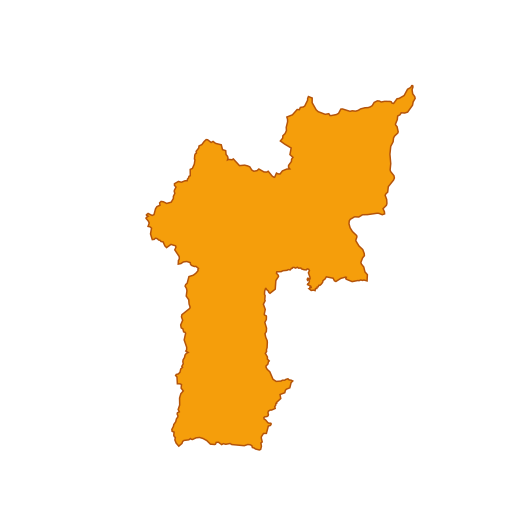 Li, Lamphun, Thailand, rotated 194°
{"feature_id": "78962969B62404267117906", "entity_name": "Li", "entity_type": "district", "adm_level": 2, "iso_a3": "THA", "parent_name": "Thailand", "parent_adm1": "Lamphun", "projection": "orthographic", "projection_center": [98.889, 17.796], "detail": "fine", "context": "isolated", "style": "filled", "palette": "amber", "viewbox_px": 512, "rotation_deg": 194, "n_neighbors": 0, "source": "geoboundaries", "source_scale": "gbopen_adm2", "svg_char_len": 6092}
<svg xmlns="http://www.w3.org/2000/svg" viewBox="0 0 512 512"><g transform="rotate(194 256 256)"><path d="M205.8,68.6L204.7,69.5L204.7,72.7L206.0,75.7L205.0,77.1L206.9,80.8L207.0,82.1L205.8,85.6L203.0,86.4L202.9,94.0L201.0,95.1L200.6,96.7L201.2,97.3L203.1,96.9L204.1,97.1L207.1,99.3L208.7,99.8L209.3,101.1L208.7,102.0L206.5,102.9L205.6,104.0L205.6,105.2L206.5,106.7L206.4,108.5L204.9,110.0L203.6,110.3L200.5,112.7L201.4,114.4L200.8,115.9L201.0,117.5L200.3,118.2L200.7,118.8L197.5,123.7L199.2,127.4L195.0,130.3L195.0,132.8L194.3,134.1L191.3,136.3L191.3,141.6L190.1,143.6L191.7,144.0L193.9,143.8L195.3,144.6L197.2,143.5L198.1,142.4L200.3,141.9L201.5,140.7L206.1,139.2L209.7,140.5L214.6,147.0L217.7,148.7L219.3,150.4L219.7,151.6L218.3,154.0L218.4,156.2L217.8,157.4L220.0,158.7L220.5,160.8L223.4,163.8L222.6,165.9L223.2,167.5L223.1,169.8L224.1,174.9L224.7,176.6L226.9,179.5L228.5,182.8L227.7,185.2L228.3,188.5L231.4,193.7L230.6,196.9L231.2,199.7L231.6,200.4L233.4,200.8L233.9,201.4L234.1,206.4L237.2,211.0L236.3,214.8L236.9,215.7L237.6,219.8L238.5,220.9L239.1,224.0L238.9,226.8L238.3,226.9L237.6,226.0L235.6,225.0L234.7,223.8L233.4,223.2L229.3,228.5L230.8,237.0L229.2,241.6L229.7,242.7L232.0,244.2L232.0,245.7L227.8,246.9L226.4,248.2L222.5,249.6L221.5,250.6L219.4,250.8L218.7,252.4L217.9,252.8L217.8,253.6L216.3,254.2L214.8,253.8L213.1,255.1L211.7,254.5L209.6,255.2L208.7,254.5L206.0,254.3L203.8,254.7L203.2,255.9L201.7,255.9L200.6,254.7L201.1,252.4L198.5,248.4L198.0,246.9L198.6,246.4L200.2,247.1L200.7,245.9L200.1,244.9L199.3,246.0L198.1,244.6L198.2,242.4L199.0,241.6L199.1,240.7L195.6,240.0L194.9,238.9L196.1,238.6L195.9,237.7L196.7,237.1L194.1,235.9L192.0,236.8L190.3,236.7L190.4,238.8L189.1,239.2L189.2,240.6L188.3,241.0L187.9,242.8L186.9,243.0L185.8,244.6L185.0,246.5L185.0,248.4L183.5,250.3L182.7,252.8L175.8,253.1L173.9,250.9L172.3,250.6L168.3,254.8L164.0,257.2L163.2,257.2L163.4,255.7L162.7,255.3L156.5,254.4L151.4,256.8L150.0,257.0L148.6,258.1L146.6,258.1L145.5,258.8L142.2,258.7L143.4,264.8L146.5,267.0L148.8,271.4L151.8,273.7L152.7,275.1L152.1,280.0L150.9,282.5L151.6,284.6L154.0,288.1L158.6,290.7L162.6,294.7L163.0,295.5L162.7,299.0L163.3,300.2L168.4,303.1L171.5,306.1L173.6,309.8L174.0,312.6L173.4,314.4L169.8,317.9L165.7,318.7L162.6,321.8L157.9,323.1L148.8,326.8L147.1,327.1L143.5,326.6L141.4,328.0L142.1,330.0L144.2,332.6L141.7,336.8L141.7,338.7L142.9,342.5L145.4,346.2L144.9,348.0L143.7,349.8L144.4,355.3L140.9,363.0L140.6,365.2L141.6,367.3L145.8,370.5L146.7,372.0L147.6,378.2L150.7,387.2L151.8,395.0L150.6,400.0L151.1,403.8L150.5,406.0L148.2,409.6L148.1,410.9L150.4,415.6L152.1,416.8L152.6,417.7L151.9,422.6L152.4,426.1L150.5,427.8L149.7,430.1L146.3,430.7L143.7,432.3L140.6,440.1L140.8,443.5L139.7,447.4L140.5,449.0L143.2,451.3L144.8,455.1L144.6,458.0L145.2,459.2L146.1,459.0L146.7,456.9L149.3,454.5L151.1,447.5L155.3,443.5L157.2,442.7L159.4,437.3L160.9,437.2L162.2,438.4L163.3,438.4L168.6,437.2L171.8,435.7L173.8,436.2L175.8,435.9L178.5,433.6L179.6,430.0L181.1,428.4L183.1,427.1L186.1,426.2L190.0,424.1L192.1,422.0L194.4,420.6L197.7,420.2L199.8,419.1L207.6,419.6L209.2,419.1L210.4,414.4L212.2,412.7L217.1,410.4L218.2,410.2L219.8,411.7L223.1,410.2L230.6,411.1L233.0,412.4L238.6,418.3L239.7,422.9L243.7,423.4L244.0,421.3L243.6,419.7L245.0,413.3L246.2,412.0L248.9,410.9L249.3,408.5L251.5,408.1L254.8,401.8L259.7,398.3L258.4,396.1L257.8,393.8L257.8,388.2L256.8,385.0L257.4,381.8L259.0,379.2L258.6,376.8L260.2,373.5L255.2,371.5L248.0,369.3L247.6,362.6L244.0,360.7L244.9,358.5L244.5,356.3L246.3,351.8L245.9,349.9L244.3,348.7L247.2,347.8L251.0,344.9L252.5,341.4L254.5,341.0L256.2,341.4L256.9,337.1L257.4,336.7L259.6,337.4L264.7,341.2L265.9,340.0L268.6,339.5L274.3,341.1L275.6,339.1L278.6,337.7L280.9,338.4L283.6,341.0L285.9,341.4L289.0,341.4L293.9,339.7L301.5,344.7L302.5,343.6L305.9,343.1L306.9,342.3L306.9,344.3L307.7,345.8L309.6,347.2L310.9,350.9L314.2,351.1L316.6,355.5L322.5,355.5L325.4,356.8L327.0,355.3L331.1,357.1L332.5,356.9L334.0,354.6L335.5,351.0L337.9,349.0L337.7,346.9L339.4,343.1L338.7,341.4L339.6,340.4L339.8,339.1L339.2,335.2L338.5,334.6L338.1,330.2L338.9,325.6L340.8,324.1L339.2,318.0L340.3,317.1L340.4,315.3L341.1,314.0L341.0,312.4L343.1,311.8L346.3,309.5L349.3,309.6L352.6,306.4L352.2,304.8L350.3,303.5L351.1,300.0L350.9,298.7L349.9,297.2L350.6,293.9L350.1,291.8L351.3,287.7L355.4,285.4L359.0,286.2L361.3,286.0L362.4,284.2L361.4,282.1L364.1,279.9L364.9,277.6L365.0,271.5L366.6,270.2L371.0,271.2L372.3,269.5L372.1,269.0L370.2,268.5L371.8,266.7L371.8,265.9L369.1,264.0L367.6,262.2L367.9,258.6L365.9,258.7L364.1,257.7L363.7,251.9L360.6,246.8L358.8,247.5L358.0,248.8L357.2,249.0L355.9,248.9L354.4,248.0L352.9,248.0L351.7,247.1L349.5,247.2L346.9,243.8L344.8,242.5L341.3,246.7L336.5,246.4L335.8,245.2L336.3,242.3L330.3,236.8L329.7,234.4L330.2,232.9L329.5,229.3L327.0,230.5L325.0,232.7L321.9,233.9L318.2,233.7L317.7,232.4L316.4,231.3L313.3,230.9L311.7,231.4L308.8,230.0L309.1,229.0L308.7,227.7L310.2,224.7L312.2,222.2L316.1,219.8L316.2,212.9L317.3,211.3L317.5,209.6L315.7,207.8L314.6,205.6L314.0,200.2L310.7,197.3L309.3,193.2L307.5,190.4L307.7,189.0L313.7,181.2L313.6,178.9L311.6,175.9L312.4,170.9L311.2,168.2L309.3,167.6L307.9,164.9L306.4,164.8L305.6,164.0L305.4,157.2L301.2,150.7L300.6,148.2L301.1,146.8L298.5,146.0L300.1,144.6L300.9,142.7L300.8,140.3L301.6,137.6L301.4,135.7L300.5,133.8L301.3,131.0L300.4,130.2L301.7,128.2L301.6,124.9L302.8,122.8L304.7,121.8L305.1,120.6L303.4,119.5L301.4,113.0L298.6,113.6L297.2,113.2L296.7,109.7L293.9,107.5L295.6,104.2L295.8,99.7L294.0,92.9L294.4,88.2L292.7,86.3L294.3,84.9L294.3,83.6L293.1,82.1L292.9,81.0L293.8,78.7L293.8,75.7L295.0,72.6L294.9,70.7L295.7,67.4L295.0,65.6L292.9,65.3L292.4,62.1L291.6,61.0L290.4,60.4L290.2,57.9L288.2,55.1L284.9,52.8L282.5,56.2L282.3,58.3L281.3,59.6L276.7,61.4L275.4,63.0L274.5,62.5L273.2,62.6L270.1,65.1L266.8,66.3L263.2,66.1L259.1,65.0L254.7,62.4L250.5,63.1L249.8,63.6L249.5,65.5L247.4,66.2L243.7,64.7L242.3,66.0L239.8,66.0L235.8,67.8L233.9,67.2L221.5,69.1L218.4,71.1L215.7,71.5L213.9,70.7L213.2,69.3L211.2,69.2L209.9,68.6L205.8,68.6Z" fill="#f59e0b" stroke="#b45309" stroke-width="1.5"/></g></svg>